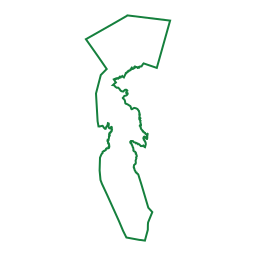 outline of Asunción Tlacolulita, Oaxaca, Mexico
{"feature_id": "50627088B55334990083111", "entity_name": "Asunción Tlacolulita", "entity_type": "district", "adm_level": 2, "iso_a3": "MEX", "parent_name": "Mexico", "parent_adm1": "Oaxaca", "projection": "equal_earth", "projection_center": [-95.763, 16.21], "detail": "fine", "context": "isolated", "style": "outline", "palette": "green", "viewbox_px": 256, "rotation_deg": 0, "n_neighbors": 0, "source": "geoboundaries", "source_scale": "gbopen_adm2", "svg_char_len": 5785}
<svg xmlns="http://www.w3.org/2000/svg" viewBox="0 0 256 256"><path d="M127.4,15.4L127.3,15.6L116.2,22.0L85.9,39.2L98.1,56.5L106.7,69.0L100.8,75.0L96.0,93.5L97.6,121.3L98.5,126.4L99.3,126.3L99.5,126.5L102.4,125.8L102.9,126.1L103.7,127.5L105.0,128.8L105.6,128.8L105.8,128.2L106.1,127.6L106.2,127.0L107.1,125.9L107.7,124.5L107.9,123.2L108.2,123.3L108.6,123.4L108.8,123.8L108.8,124.3L108.7,125.3L108.5,126.2L108.6,126.9L108.8,127.6L109.2,128.1L109.9,128.4L110.9,127.5L111.1,127.0L111.5,126.9L111.8,127.2L111.8,127.7L111.4,128.0L111.1,128.7L112.0,129.3L111.8,129.9L111.8,130.7L111.6,131.2L111.1,131.4L111.1,131.7L110.7,131.8L110.7,132.3L110.5,132.7L110.4,132.8L109.8,132.8L109.6,132.9L109.3,133.4L109.4,133.7L109.6,133.9L109.6,134.0L109.5,133.9L109.4,134.0L109.1,134.4L109.2,134.6L109.3,134.7L109.3,134.9L109.2,135.0L109.2,135.6L109.1,135.8L109.5,136.0L109.2,136.4L109.0,136.6L109.0,137.5L108.8,138.4L108.8,138.6L108.5,139.3L108.1,139.8L107.7,139.8L107.7,140.3L107.5,140.7L107.8,140.8L108.1,140.8L107.8,141.3L108.1,142.1L108.0,142.9L108.3,143.0L108.3,143.3L108.5,143.7L108.6,144.1L108.8,144.2L109.0,144.1L109.2,145.1L109.1,145.3L109.1,145.5L109.0,145.9L109.2,146.1L109.1,146.4L109.2,146.6L108.8,146.8L109.1,147.3L109.0,147.7L109.0,147.8L108.5,147.9L108.3,148.2L107.9,148.1L107.6,148.3L107.1,148.5L106.9,148.4L106.8,148.5L106.5,148.4L106.0,148.9L105.7,150.0L105.4,150.0L105.1,150.4L104.8,150.6L104.3,151.0L103.9,150.9L102.6,151.9L102.6,152.1L102.6,153.0L102.2,153.4L101.9,153.6L101.8,153.9L101.5,154.2L101.3,154.6L100.0,157.7L99.6,170.4L100.5,180.0L101.9,183.7L107.4,195.5L119.0,221.2L123.1,230.9L126.4,237.5L139.4,239.9L140.8,240.0L144.9,240.6L147.8,229.9L147.9,224.5L148.1,222.4L152.3,212.1L148.3,207.7L141.3,184.1L138.3,174.6L137.9,174.0L137.7,173.9L137.3,173.7L136.7,173.1L136.6,172.6L136.2,172.5L135.9,172.4L135.9,172.2L135.7,172.0L135.4,171.5L135.4,171.2L134.8,170.3L134.6,170.0L134.4,168.8L133.8,167.7L134.0,167.4L133.8,166.9L133.8,166.2L134.0,165.7L134.1,165.0L134.8,164.4L135.1,164.2L135.3,163.8L135.6,163.7L135.7,163.4L135.8,162.6L135.7,161.4L135.6,160.7L135.8,160.0L136.4,158.1L136.1,157.3L136.8,156.2L136.6,155.1L136.3,154.6L136.0,153.3L135.7,153.4L135.5,152.4L135.3,151.9L135.0,151.7L134.1,151.3L133.4,150.6L133.4,149.9L133.5,149.7L133.4,149.2L133.2,148.0L133.1,147.5L132.7,147.1L132.5,146.3L132.2,145.4L131.8,144.9L131.8,144.3L131.7,144.2L131.4,144.0L131.2,143.3L130.9,143.3L130.3,142.7L130.3,141.7L130.5,141.5L131.2,141.5L131.2,141.0L131.6,141.0L132.3,141.0L133.1,141.2L133.5,141.9L133.9,142.2L135.7,142.7L136.0,143.3L136.7,143.1L137.0,143.4L137.8,143.6L138.0,144.2L139.0,144.2L139.4,144.4L139.7,144.9L140.4,145.4L140.7,146.0L141.1,146.1L141.8,146.0L142.2,146.1L143.1,145.9L143.3,145.6L143.7,146.0L144.4,146.6L144.5,147.0L145.0,147.2L145.8,144.2L145.6,142.6L145.5,142.2L145.1,141.8L145.0,141.2L144.8,141.1L144.7,140.9L144.3,140.5L144.3,139.3L143.8,139.3L143.8,139.0L143.4,138.5L143.5,137.6L143.7,137.4L143.8,137.0L144.1,136.7L144.4,136.6L144.6,136.7L145.0,137.0L145.8,137.8L146.6,138.5L146.9,139.0L147.0,139.0L147.2,138.5L147.2,137.9L147.3,137.4L147.3,137.0L147.0,136.5L146.8,136.1L147.0,135.8L147.4,135.6L147.4,135.3L147.4,134.7L147.6,134.3L147.7,134.0L147.6,133.9L147.4,134.1L147.4,134.4L147.2,134.5L146.8,134.7L146.3,134.4L146.0,134.1L145.8,133.9L145.6,133.9L145.4,133.7L145.3,133.4L145.1,132.9L144.7,132.8L144.2,132.6L144.1,132.3L143.9,132.0L143.5,131.7L143.2,131.7L142.9,131.6L142.8,130.8L142.4,130.7L142.1,130.1L141.6,129.6L141.2,129.1L140.9,128.4L140.9,128.0L140.7,127.8L140.6,127.3L140.4,126.8L140.6,126.3L140.4,126.0L139.8,125.8L139.8,125.6L140.0,125.4L140.1,125.2L140.6,125.2L140.8,124.9L141.0,124.9L141.0,124.7L140.9,124.3L140.7,123.8L140.6,123.3L140.5,122.8L140.4,122.5L140.4,122.2L140.2,121.9L140.3,121.4L140.4,120.9L140.5,120.7L140.3,120.5L140.1,120.3L140.0,119.9L139.7,119.8L139.5,119.5L139.4,119.3L139.4,119.2L139.5,119.0L140.2,118.5L140.4,118.2L140.2,118.0L139.8,118.1L139.3,118.2L139.3,117.6L139.5,117.4L139.6,117.2L139.5,116.8L139.6,116.5L139.5,116.0L139.5,115.6L139.3,114.6L139.3,114.4L139.5,114.3L139.8,114.4L139.8,114.2L139.4,113.8L139.4,113.6L139.4,113.1L139.3,112.4L138.9,111.4L138.9,110.9L138.7,110.7L138.3,110.3L138.0,109.8L137.7,109.3L137.2,108.9L136.0,108.3L135.2,108.1L134.2,107.9L133.8,108.1L133.3,108.3L132.4,109.0L131.9,109.2L131.6,109.2L131.2,108.7L130.8,107.2L130.4,106.2L127.8,104.5L127.0,104.1L125.6,103.6L125.3,103.2L125.0,101.1L124.7,100.2L124.3,99.5L123.5,98.8L123.1,98.4L122.8,98.1L122.8,97.9L123.2,97.6L123.4,97.3L124.3,96.0L125.2,95.7L125.8,95.6L126.4,95.4L127.0,94.9L127.5,94.3L127.7,93.7L127.6,93.2L127.2,93.0L126.6,93.2L126.4,93.2L126.2,92.9L126.2,92.7L126.2,92.4L126.3,92.0L126.7,91.3L127.3,90.7L127.0,90.2L126.1,89.7L125.1,89.8L124.2,90.5L123.3,91.5L122.1,91.4L120.8,90.8L120.0,89.8L119.3,88.7L118.0,87.6L116.9,87.8L115.6,87.0L114.1,85.3L112.9,85.1L114.7,83.4L115.9,82.5L113.9,79.5L114.3,79.4L114.4,79.0L114.8,78.9L115.0,79.3L115.6,79.0L115.6,78.7L115.9,78.5L116.1,78.8L116.3,78.7L116.6,78.8L116.9,78.3L117.3,78.1L117.8,78.2L117.8,78.5L118.1,78.6L118.3,78.1L118.6,78.1L118.8,77.8L119.1,77.6L119.4,77.7L119.4,77.3L120.0,77.2L120.0,76.7L120.4,76.7L120.7,77.1L120.9,77.2L121.1,76.9L121.5,76.5L121.8,76.4L122.1,76.3L122.3,76.1L122.8,76.8L123.3,77.1L123.8,77.2L123.9,77.3L125.3,74.4L125.7,73.6L125.8,73.1L126.4,73.1L126.5,72.6L126.9,72.3L127.4,72.1L127.7,71.4L128.4,71.3L128.6,70.7L128.9,70.6L129.0,70.9L129.3,70.6L129.9,70.4L130.5,70.2L130.6,69.4L131.0,69.3L131.3,68.3L131.8,67.7L132.2,68.3L132.2,68.9L132.7,69.0L133.1,68.8L133.0,68.3L134.1,68.2L134.7,67.8L134.4,66.9L134.9,66.5L135.2,66.9L135.5,67.1L136.1,67.0L136.6,67.0L137.4,67.4L137.6,67.9L138.5,67.7L138.9,67.8L139.5,67.1L139.1,66.8L139.6,66.6L140.8,66.4L141.5,66.4L142.9,64.2L143.6,63.4L156.8,67.9L170.1,20.6L127.4,15.4Z" fill="none" stroke="#15803d" stroke-width="2"/></svg>